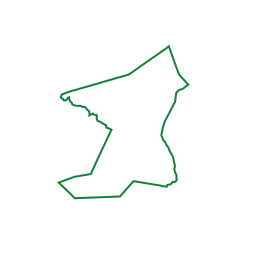 outline of Milagres, Ceará, Brazil, rotated 223°
{"feature_id": "56859067B57580230718616", "entity_name": "Milagres", "entity_type": "district", "adm_level": 2, "iso_a3": "BRA", "parent_name": "Brazil", "parent_adm1": "Ceará", "projection": "mercator", "projection_center": [-38.943, -7.27], "detail": "fine", "context": "isolated", "style": "outline", "palette": "green", "viewbox_px": 256, "rotation_deg": 223, "n_neighbors": 0, "source": "geoboundaries", "source_scale": "gbopen_adm2", "svg_char_len": 1657}
<svg xmlns="http://www.w3.org/2000/svg" viewBox="0 0 256 256"><g transform="rotate(223 128 128)"><path d="M113.5,200.8L125.3,201.7L127.0,201.9L133.0,204.8L153.9,215.6L154.3,212.6L160.6,183.3L163.9,167.5L170.1,157.3L178.1,144.0L179.9,140.8L188.8,126.0L191.2,122.0L195.5,114.9L199.3,107.3L198.3,104.6L196.5,104.5L195.3,105.0L193.4,104.5L192.4,106.0L192.2,107.6L192.6,109.0L192.0,110.3L190.7,109.1L188.5,108.1L186.5,108.1L184.9,107.3L182.7,107.8L181.3,108.9L179.7,109.8L178.8,111.1L177.7,111.9L176.1,112.3L174.9,113.3L173.6,113.9L172.0,113.9L170.4,113.6L167.7,113.7L166.3,112.5L164.9,110.9L164.4,112.5L163.6,114.5L162.1,114.4L160.9,115.2L159.9,116.1L158.7,115.2L157.7,113.8L156.4,113.0L155.0,112.4L152.8,113.5L145.5,115.0L144.2,113.5L141.8,114.6L138.9,115.5L137.2,110.1L135.7,105.3L129.6,86.3L123.8,69.0L134.0,55.6L141.4,40.9L118.8,40.4L117.3,42.1L87.2,72.4L87.7,92.9L65.2,107.9L63.2,109.0L61.0,110.4L59.6,111.5L60.4,113.2L59.4,114.6L58.5,115.7L58.4,117.6L58.6,119.1L57.0,120.2L56.7,121.8L57.3,123.8L58.6,124.5L60.1,126.5L61.7,127.1L63.6,127.8L65.0,128.8L66.2,129.7L67.7,132.0L69.3,133.4L70.7,134.3L72.3,135.3L74.4,136.8L76.3,137.9L79.5,138.9L81.3,139.4L82.9,140.0L85.0,141.2L86.6,141.6L88.4,141.8L91.3,143.1L94.1,143.2L95.9,144.3L97.4,144.8L98.8,145.6L100.3,148.0L101.3,149.5L102.0,150.8L103.4,153.2L104.0,154.6L105.4,157.5L106.0,159.5L106.4,161.0L106.8,162.6L107.3,164.3L107.8,166.2L108.3,167.9L109.2,171.1L109.8,173.2L110.3,175.3L110.9,177.0L111.3,179.0L112.2,180.3L113.3,181.9L114.4,183.3L115.5,184.8L116.6,186.4L116.8,188.8L116.5,190.6L115.2,192.8L114.5,194.8L114.2,197.2L113.9,199.1L113.5,200.8Z" fill="none" stroke="#15803d" stroke-width="2"/></g></svg>